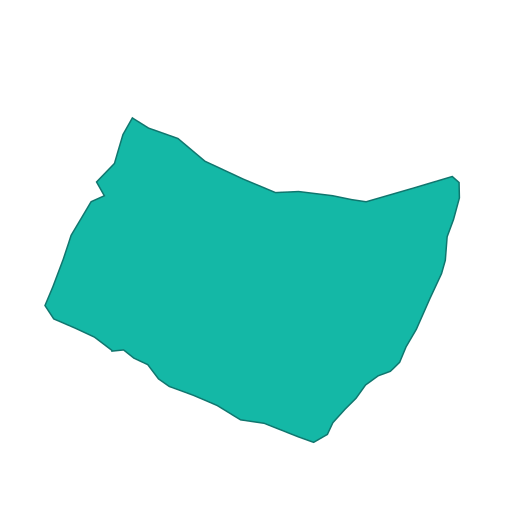 the district of Gbeapo, River Gee, Liberia, rotated 205°
{"feature_id": "62588387B88320605520745", "entity_name": "Gbeapo", "entity_type": "district", "adm_level": 2, "iso_a3": "LBR", "parent_name": "Liberia", "parent_adm1": "River Gee", "projection": "mercator", "projection_center": [-7.976, 5.249], "detail": "fine", "context": "isolated", "style": "filled", "palette": "teal", "viewbox_px": 512, "rotation_deg": 205, "n_neighbors": 0, "source": "geoboundaries", "source_scale": "gbopen_adm2", "svg_char_len": 1020}
<svg xmlns="http://www.w3.org/2000/svg" viewBox="0 0 512 512"><g transform="rotate(205 256 256)"><path d="M126.8,111.3L125.0,111.5L115.9,124.5L115.9,137.4L110.5,154.9L105.2,169.4L102.7,182.7L102.2,185.4L94.6,199.1L85.5,208.3L83.8,212.6L80.9,220.4L81.6,237.2L79.7,257.4L79.8,261.6L80.1,277.0L80.4,291.0L80.4,316.3L80.4,318.4L82.6,332.1L90.9,354.2L92.4,372.5L96.2,394.6L103.0,408.4L111.7,411.0L144.3,382.1L179.1,351.7L181.7,350.9L193.2,347.5L212.1,343.0L244.7,332.4L253.8,327.6L260.0,324.4L265.1,321.7L299.9,320.3L320.5,320.3L342.3,320.3L376.4,329.5L407.4,326.5L424.4,328.6L426.4,328.9L427.9,309.8L425.1,291.1L423.4,280.1L431.8,255.7L418.9,246.5L428.4,235.5L429.4,225.2L431.2,207.4L432.3,196.6L431.2,187.9L430.9,185.1L429.3,171.5L427.1,142.5L426.3,121.9L412.7,113.5L389.3,114.2L368.1,114.2L346.9,109.6L346.4,108.9L336.3,114.9L323.4,111.8L308.2,111.8L292.4,103.4L279.5,101.1L253.7,103.3L228.0,104.1L207.2,101.7L200.7,101.0L178.0,107.8L140.9,110.0L126.8,111.3Z" fill="#14b8a6" stroke="#0f766e" stroke-width="1.5"/></g></svg>